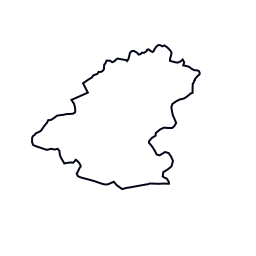 Al-Hawiga, At-Ta'mim, Iraq (Natural Earth projection), rotated 329°
{"feature_id": "34846034B30595990417134", "entity_name": "Al-Hawiga", "entity_type": "district", "adm_level": 2, "iso_a3": "IRQ", "parent_name": "Iraq", "parent_adm1": "At-Ta'mim", "projection": "natural_earth1", "projection_center": [43.785, 35.263], "detail": "fine", "context": "isolated", "style": "outline", "palette": "ink", "viewbox_px": 256, "rotation_deg": 329, "n_neighbors": 0, "source": "geoboundaries", "source_scale": "gbopen_adm2", "svg_char_len": 2594}
<svg xmlns="http://www.w3.org/2000/svg" viewBox="0 0 256 256"><g transform="rotate(329 128 128)"><path d="M195.7,72.7L194.5,72.8L193.2,73.3L191.0,74.3L189.9,75.2L188.3,75.5L187.1,73.9L186.1,71.1L184.4,70.8L183.7,71.6L181.9,71.8L180.3,71.8L178.7,70.6L176.8,71.1L175.0,70.6L174.6,68.3L172.8,65.0L170.6,64.0L168.3,64.7L167.2,65.8L165.3,67.8L163.6,69.3L161.7,70.1L161.5,69.0L155.7,63.9L155.0,63.2L152.8,63.2L150.8,63.8L148.3,63.5L147.4,61.2L144.4,59.2L143.2,60.0L141.6,61.1L140.3,61.4L138.7,63.6L137.7,65.2L135.4,66.1L133.2,65.8L131.7,64.7L130.4,65.5L129.5,65.8L127.2,65.4L125.3,65.0L125.1,65.2L123.0,66.1L118.9,66.1L115.3,66.3L112.5,66.5L111.8,77.0L94.0,74.8L94.2,79.5L93.2,82.9L92.0,85.5L90.6,87.4L88.3,87.4L86.1,86.4L82.5,84.4L79.3,83.4L76.6,82.1L73.3,80.8L71.1,81.2L67.8,81.4L66.6,81.4L65.7,81.2L63.6,80.2L61.4,81.7L59.0,82.5L56.0,83.7L53.6,84.8L51.9,85.5L49.4,85.5L46.1,85.1L44.4,85.8L42.4,86.0L41.0,86.8L39.6,88.9L38.6,90.4L37.9,93.7L39.7,96.2L44.4,101.7L47.0,104.8L49.7,105.8L51.2,106.1L52.8,107.5L53.5,108.2L54.5,108.9L56.3,109.4L57.0,109.6L57.4,112.3L56.4,114.5L55.6,116.7L55.2,118.8L55.2,120.8L55.2,123.2L55.2,125.2L55.1,125.6L56.9,126.2L58.9,127.0L61.6,128.3L63.0,129.5L65.3,129.0L66.8,128.3L67.1,128.7L67.7,130.6L68.2,133.0L68.1,134.1L68.0,135.2L67.9,136.1L67.5,136.7L65.3,137.6L63.5,139.0L60.5,140.7L60.4,141.7L60.3,143.7L62.3,146.3L68.6,152.8L72.0,156.4L75.6,160.8L78.6,164.1L81.4,165.8L83.1,166.1L88.1,166.8L88.2,167.4L88.6,169.2L88.9,171.3L89.7,173.1L91.5,177.3L95.9,178.6L99.8,180.2L104.6,182.0L114.1,185.6L116.3,186.5L118.1,186.8L125.3,191.5L129.6,193.8L133.2,196.1L134.4,196.8L135.2,195.3L135.2,191.5L133.7,189.3L132.8,187.4L135.5,184.0L140.1,184.0L143.5,183.6L145.6,183.2L149.6,179.4L150.2,174.5L149.9,170.4L147.4,167.7L144.1,167.7L141.0,167.7L138.9,165.5L139.2,162.1L139.2,157.5L138.9,154.5L138.3,151.5L139.5,150.0L143.4,148.8L147.7,148.8L149.3,146.6L154.8,145.8L159.0,146.2L162.1,148.5L165.8,150.7L168.5,150.3L171.9,148.5L172.5,144.3L173.1,139.8L174.3,136.4L175.8,132.6L178.3,130.3L183.2,129.9L187.4,130.3L190.8,131.5L194.2,131.5L199.7,130.7L201.5,131.1L201.7,130.7L203.2,128.3L204.0,126.9L204.8,125.7L205.8,124.4L206.2,123.4L207.6,123.0L208.8,121.8L209.7,121.3L210.2,121.3L210.6,120.6L211.8,120.1L214.8,119.2L216.8,118.9L217.7,118.0L218.1,115.9L217.2,114.4L214.6,112.6L213.0,110.0L211.9,107.1L209.8,104.8L207.6,102.8L210.0,100.7L210.1,97.5L207.3,98.0L204.4,97.6L202.8,96.4L200.4,94.0L198.6,92.1L199.6,90.5L203.0,87.2L204.1,85.9L204.2,83.5L203.7,81.1L203.0,78.6L201.6,75.9L199.6,75.8L198.4,73.8L196.8,72.5L195.7,72.7Z" fill="none" stroke="#020617" stroke-width="2"/></g></svg>